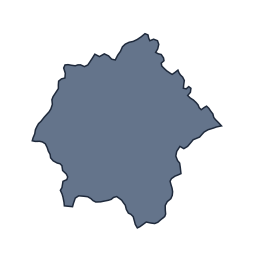 Monte Azul Paulista, São Paulo, Brazil (Albers equal-area conic projection), rotated 192°
{"feature_id": "56859067B11671579354864", "entity_name": "Monte Azul Paulista", "entity_type": "district", "adm_level": 2, "iso_a3": "BRA", "parent_name": "Brazil", "parent_adm1": "São Paulo", "projection": "albers", "projection_center": [-48.686, -20.912], "detail": "fine", "context": "isolated", "style": "filled", "palette": "slate", "viewbox_px": 256, "rotation_deg": 192, "n_neighbors": 0, "source": "geoboundaries", "source_scale": "gbopen_adm2", "svg_char_len": 2188}
<svg xmlns="http://www.w3.org/2000/svg" viewBox="0 0 256 256"><g transform="rotate(192 128 128)"><path d="M175.1,41.9L174.1,38.6L165.9,39.5L165.7,43.0L165.0,48.5L162.1,51.4L157.6,52.0L153.1,52.4L149.6,51.2L147.1,49.7L144.1,48.9L139.4,50.1L136.2,51.5L132.2,53.2L129.6,54.7L127.7,57.1L124.8,58.6L121.6,57.2L119.2,56.1L117.1,54.1L114.6,51.9L112.7,48.0L109.9,44.8L107.3,44.2L104.5,42.4L103.1,39.7L100.8,35.2L98.1,32.2L95.9,33.9L93.2,36.9L90.6,39.8L86.0,39.8L82.0,40.1L79.2,42.0L76.9,45.1L73.7,49.0L73.3,51.7L74.4,55.3L75.5,60.0L74.3,64.1L71.4,67.8L70.7,71.3L71.1,74.9L72.4,78.3L74.5,82.1L75.8,84.7L75.0,87.5L72.0,90.7L69.0,92.7L66.7,94.4L68.7,100.4L70.2,104.4L72.8,106.5L75.4,110.5L75.5,115.2L73.4,120.8L69.1,119.4L65.9,122.4L63.9,126.1L61.8,130.1L56.1,134.0L54.3,137.2L52.7,139.9L49.4,142.9L44.6,145.6L41.7,147.4L37.0,149.5L40.4,151.9L44.2,154.4L46.3,156.1L47.9,159.4L50.6,161.7L53.1,164.1L55.7,165.7L57.6,164.0L60.2,161.1L62.5,162.6L64.3,165.2L66.5,166.9L69.9,169.0L73.4,170.3L76.4,172.2L74.4,175.9L74.7,179.9L77.2,181.1L79.2,178.4L82.1,178.4L82.5,181.8L82.8,186.2L85.1,189.1L87.8,190.8L89.7,192.7L91.2,195.0L93.7,192.0L96.0,189.6L98.5,190.5L102.1,192.0L104.9,193.7L107.8,195.6L109.0,198.3L106.8,201.3L107.8,203.9L110.8,206.8L113.9,206.9L116.7,207.7L115.4,211.5L115.3,216.2L117.3,219.5L121.4,220.2L124.8,217.9L126.5,220.3L127.8,223.2L131.0,223.8L134.0,220.0L137.4,216.5L140.9,213.8L144.7,212.1L148.1,209.5L150.3,206.3L151.3,201.5L153.2,197.1L154.6,191.9L158.3,191.9L162.0,194.5L166.6,195.6L170.8,191.9L175.8,193.3L177.6,188.3L179.3,184.0L180.4,181.3L183.4,179.0L187.6,179.9L190.2,179.3L192.5,177.9L196.4,177.6L199.9,177.5L202.7,176.6L203.4,173.3L200.7,168.5L200.1,163.8L203.3,162.2L205.6,159.4L205.1,155.7L204.3,152.1L206.4,146.7L207.8,143.1L208.3,139.8L206.9,135.4L207.4,130.7L208.5,127.5L212.2,121.1L214.5,116.4L216.4,113.7L217.4,110.5L218.2,107.1L218.0,102.9L218.8,98.6L219.0,95.6L215.9,95.6L211.7,96.6L208.9,96.6L205.6,95.4L203.0,92.1L201.1,88.8L198.7,86.0L197.5,82.7L194.3,80.3L190.0,79.0L187.0,78.9L184.8,77.4L183.1,72.8L178.8,70.2L176.8,67.6L177.1,64.8L180.5,62.3L180.2,55.9L181.2,53.0L178.8,49.8L177.2,46.8L175.1,41.9Z" fill="#64748b" stroke="#1e293b" stroke-width="1.5"/></g></svg>